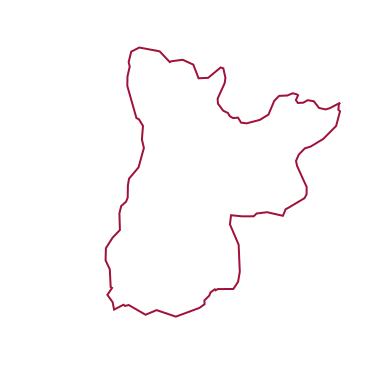 outline of Coyah, Coyah, Guinea, rotated 202°
{"feature_id": "49546643B61702032280321", "entity_name": "Coyah", "entity_type": "district", "adm_level": 2, "iso_a3": "GIN", "parent_name": "Guinea", "parent_adm1": "Coyah", "projection": "natural_earth1", "projection_center": [-13.337, 9.751], "detail": "fine", "context": "isolated", "style": "outline", "palette": "rose", "viewbox_px": 384, "rotation_deg": 202, "n_neighbors": 0, "source": "geoboundaries", "source_scale": "gbopen_adm2", "svg_char_len": 1440}
<svg xmlns="http://www.w3.org/2000/svg" viewBox="0 0 384 384"><g transform="rotate(202 192 192)"><path d="M88.1,330.2L95.7,321.3L99.1,318.6L105.7,317.5L113.1,321.8L119.2,320.4L122.3,316.5L127.2,314.2L130.1,316.1L129.9,321.5L131.7,321.8L135.5,321.3L139.9,317.1L147.2,313.8L149.9,307.3L150.1,292.4L156.1,284.3L167.1,276.1L172.5,274.7L177.2,278.2L181.7,275.9L185.5,276.5L188.2,278.7L193.6,279.1L201.0,283.6L203.2,288.1L202.5,305.2L203.8,310.4L209.3,318.4L212.1,318.2L219.8,303.9L228.5,299.9L238.5,310.6L250.2,311.1L260.4,305.3L261.2,304.1L274.7,310.3L295.0,306.2L300.9,299.4L300.9,299.2L299.4,288.7L296.7,284.9L295.1,274.9L291.7,266.1L271.2,239.7L268.5,239.6L262.2,234.9L258.1,221.9L253.1,214.8L250.8,194.8L255.4,180.8L253.9,174.1L249.5,162.6L249.5,158.3L252.4,152.5L251.3,145.0L244.6,129.7L248.5,120.0L250.8,107.7L246.5,96.2L239.3,89.6L231.8,73.4L230.2,73.1L231.9,64.9L224.3,60.1L220.2,53.8L213.3,61.8L211.4,61.3L208.3,63.5L189.1,60.8L180.6,69.2L160.3,70.4L141.7,87.3L138.3,92.7L139.9,96.1L137.2,102.3L137.2,105.9L134.4,110.3L133.3,109.7L131.7,111.7L117.4,117.5L115.6,125.9L117.8,135.9L129.0,160.6L144.7,176.2L147.1,185.1L136.4,188.2L125.7,192.6L124.0,196.3L114.8,201.4L98.8,204.0L98.7,211.1L96.4,213.9L85.4,228.4L84.9,232.6L84.9,232.8L87.6,239.7L91.2,243.0L104.4,255.6L107.2,259.8L107.0,266.8L103.7,274.8L99.1,278.5L90.1,290.5L83.1,307.3L85.0,322.3L87.1,323.1L88.7,328.5L88.1,330.2Z" fill="none" stroke="#9f1239" stroke-width="2"/></g></svg>